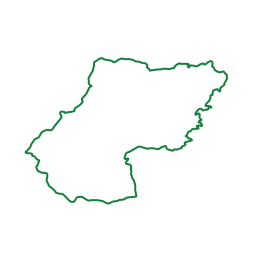 map outline of Sakon Nakhon (Equal Earth projection), rotated 83°
{"feature_id": "THA-447", "entity_name": "Sakon Nakhon", "entity_type": "Province", "adm_level": 1, "iso_a3": "THA", "parent_name": "Thailand", "parent_adm1": "", "projection": "equal_earth", "projection_center": [103.778, 17.422], "detail": "fine", "context": "isolated", "style": "outline", "palette": "green", "viewbox_px": 256, "rotation_deg": 83, "n_neighbors": 0, "source": "natural_earth", "source_scale": "10m", "svg_char_len": 5753}
<svg xmlns="http://www.w3.org/2000/svg" viewBox="0 0 256 256"><g transform="rotate(83 128 128)"><path d="M76.4,37.0L76.8,37.0L77.3,36.8L78.0,35.9L78.9,35.2L80.3,35.1L80.7,35.0L81.3,34.5L82.2,33.4L83.1,32.1L83.8,30.6L83.9,29.5L83.5,26.8L83.6,26.3L83.9,26.0L85.4,25.2L85.8,24.8L86.7,23.8L87.1,23.5L87.4,23.4L88.7,23.7L90.3,23.6L91.2,23.8L93.6,25.4L94.2,26.0L94.4,26.3L94.8,26.6L95.2,26.9L96.2,26.8L96.7,27.0L97.0,27.3L99.2,31.0L99.5,31.3L99.9,31.5L102.0,31.9L102.4,32.1L102.7,32.3L102.8,32.7L102.7,33.0L102.1,33.5L101.1,33.9L100.6,34.2L100.4,35.2L100.7,37.4L100.8,37.9L101.1,38.4L102.5,39.5L103.0,39.8L104.4,39.8L105.1,40.0L105.5,40.3L105.5,41.4L105.8,41.9L106.3,42.3L107.9,42.4L108.7,42.7L109.2,43.0L109.8,43.6L110.9,44.1L111.5,44.7L112.4,46.1L113.5,47.3L114.4,47.9L115.2,48.3L115.5,48.2L115.7,47.7L116.0,45.5L116.2,44.5L116.5,44.0L116.8,43.4L117.5,42.8L117.8,42.9L117.9,43.2L117.6,44.7L117.7,45.2L118.0,45.7L119.1,46.2L119.4,46.8L119.5,47.2L119.3,48.2L119.2,48.7L119.2,49.2L119.7,51.0L119.7,51.5L119.5,51.8L118.2,52.8L117.9,53.1L117.7,53.5L117.7,54.6L118.1,55.4L118.5,56.1L120.8,58.6L121.9,59.3L122.5,59.4L123.0,59.3L123.1,58.9L123.1,58.5L122.3,56.9L122.2,56.4L122.2,55.9L122.8,55.3L123.6,55.3L126.0,55.7L126.7,55.7L127.4,55.4L128.6,54.2L129.0,54.2L129.3,54.4L129.5,54.8L129.7,55.9L129.9,56.5L130.4,57.0L130.8,57.1L131.1,56.9L131.6,55.7L132.0,55.2L132.6,54.8L133.8,54.2L134.4,54.1L134.8,54.3L135.0,54.7L134.4,56.3L134.2,58.0L134.2,59.1L134.7,59.6L135.1,59.5L136.0,58.5L136.5,58.1L136.9,58.1L137.1,58.4L137.2,59.5L137.2,60.7L136.8,62.8L136.9,63.8L137.0,64.3L137.5,65.0L138.7,66.1L138.9,66.5L138.9,68.1L139.3,68.7L139.9,69.2L141.4,69.8L142.1,70.3L142.6,70.9L142.9,71.5L143.2,71.6L143.4,71.4L144.3,70.0L145.8,69.2L146.0,68.8L146.2,67.2L147.9,66.2L148.6,68.7L148.8,71.5L149.1,72.8L149.5,73.5L149.9,73.6L150.2,73.5L150.9,73.0L151.2,73.0L151.5,73.1L152.5,74.5L152.7,75.8L153.0,76.7L153.3,76.9L154.0,76.8L154.3,77.3L154.6,78.2L154.9,80.3L155.2,81.3L155.4,82.2L155.3,82.9L155.0,83.9L154.9,84.7L155.1,85.3L155.6,85.6L155.9,86.1L155.9,86.7L154.2,91.0L153.8,91.5L153.3,92.0L152.5,92.3L151.0,92.5L150.7,92.8L150.5,93.3L150.5,93.9L151.3,97.4L151.5,97.9L152.1,98.7L152.5,99.7L152.6,100.2L152.6,101.1L152.3,102.2L151.5,104.5L151.1,106.0L150.9,108.7L150.9,110.0L150.7,112.0L148.1,118.0L147.8,119.0L147.9,120.2L151.9,129.7L152.2,131.5L152.5,132.3L152.9,132.9L153.9,133.7L155.4,134.1L156.5,134.9L157.5,135.1L157.9,135.0L158.3,134.7L158.5,134.3L158.6,133.8L158.2,132.2L158.3,131.8L158.5,131.5L158.9,131.6L159.7,132.1L160.9,133.4L161.6,134.0L162.2,134.3L163.0,134.3L163.3,134.0L163.5,133.6L164.3,131.4L164.7,130.5L165.4,129.8L165.8,129.7L166.3,129.6L169.4,130.1L171.6,130.0L174.0,130.6L174.5,130.5L175.9,130.1L178.9,129.7L180.4,128.7L180.9,128.5L182.5,128.4L184.3,127.9L185.9,127.8L190.1,128.4L196.4,128.0L196.8,128.0L197.0,129.0L197.1,130.8L196.9,135.2L197.1,138.3L198.1,140.1L198.4,141.1L198.5,141.9L198.4,144.5L198.4,145.3L198.5,146.0L199.0,146.9L199.2,148.2L199.1,151.3L199.2,152.0L199.5,153.1L200.3,154.9L200.6,156.3L200.2,158.0L199.1,159.7L198.4,160.6L197.6,161.8L197.2,162.7L195.8,167.8L195.2,172.4L195.3,175.3L195.2,176.1L194.8,176.9L193.1,179.1L192.0,180.6L191.3,181.2L190.9,182.0L190.6,183.1L190.4,185.8L190.6,186.9L190.9,187.6L192.3,188.5L194.6,190.5L194.6,191.0L194.5,193.0L193.2,194.9L186.0,200.4L185.4,201.8L184.4,205.4L183.5,207.2L182.8,207.7L181.9,208.0L180.3,209.2L175.7,213.5L170.6,215.1L168.9,215.0L167.2,214.2L166.1,214.0L164.0,213.8L163.4,214.1L162.9,214.6L162.4,216.0L162.0,218.5L161.5,219.7L160.3,221.6L159.0,223.1L155.6,223.9L153.7,222.2L151.4,221.2L150.2,220.3L149.5,220.2L149.1,220.4L148.1,222.1L147.0,222.9L145.8,223.5L144.7,224.3L144.1,225.9L143.7,226.5L143.2,226.5L142.5,226.3L142.0,226.4L141.7,226.8L141.3,227.9L140.6,231.4L140.0,232.4L139.6,232.6L139.2,232.4L138.2,230.8L136.6,229.1L135.4,227.6L131.8,225.5L128.0,222.1L127.5,221.2L126.9,219.0L126.5,218.0L125.4,216.9L122.2,214.6L121.9,214.2L121.1,213.0L120.8,212.0L120.3,210.4L120.1,208.5L120.3,207.3L120.8,205.7L120.9,205.1L120.8,204.5L120.4,203.7L119.8,202.9L116.6,200.2L115.6,198.9L113.2,196.7L112.0,195.2L110.3,193.5L109.4,192.9L108.6,192.6L107.6,192.9L106.1,193.5L105.0,193.5L104.4,193.4L104.0,193.1L103.7,192.6L103.6,192.1L103.8,190.9L104.3,189.4L105.2,188.9L105.0,181.8L104.8,180.2L104.5,179.2L104.1,179.0L103.0,178.8L102.3,178.4L101.7,177.7L99.9,174.0L98.7,172.2L97.1,170.3L96.5,169.9L95.9,169.7L95.0,169.9L94.2,170.4L93.6,170.2L92.7,169.6L89.6,165.8L88.1,164.6L84.4,162.3L83.1,161.2L82.5,160.5L81.8,159.2L81.6,159.2L80.9,160.3L80.3,160.8L79.6,161.3L78.8,161.5L77.9,161.5L76.4,161.0L75.2,161.2L74.3,161.2L73.5,160.9L66.6,155.8L64.3,155.1L62.8,154.4L62.0,154.2L59.2,153.7L58.6,153.5L58.2,153.1L57.6,151.3L56.1,148.6L55.5,146.5L55.4,145.8L55.5,145.3L56.0,144.5L56.8,143.6L57.3,142.9L57.7,140.8L58.5,138.6L58.9,137.2L59.2,136.3L59.7,135.6L60.6,134.7L61.0,134.0L61.0,133.3L60.9,132.7L59.1,129.1L58.6,127.6L58.4,126.6L58.3,125.8L58.5,124.8L59.2,123.0L59.5,121.5L59.7,118.4L60.4,116.8L60.8,115.1L61.0,114.7L62.5,112.9L62.7,112.5L63.7,108.5L63.8,108.1L64.9,106.8L65.4,104.2L66.2,102.6L67.0,101.7L67.7,101.3L68.5,101.3L69.6,101.8L70.4,101.6L70.7,101.3L71.5,100.4L72.1,99.8L72.9,99.5L73.6,99.5L73.7,99.1L73.6,97.7L73.6,95.4L73.5,91.7L73.8,88.6L73.5,85.3L73.6,84.3L74.4,80.7L74.4,78.6L74.2,76.3L73.7,74.5L73.3,74.3L73.0,74.3L72.4,73.9L71.7,73.0L70.5,70.6L70.2,69.5L70.2,68.6L70.9,67.6L71.1,64.0L71.5,62.7L71.5,61.5L71.6,61.0L71.7,60.6L72.3,60.2L72.6,60.4L73.0,61.0L73.3,61.2L75.3,60.5L75.3,60.2L75.2,59.9L73.7,59.0L73.5,58.6L73.5,58.0L73.7,57.6L74.0,55.6L75.0,53.4L74.9,51.0L73.9,49.3L73.2,47.1L73.1,46.0L73.2,45.4L74.0,44.9L74.3,44.6L74.3,44.1L74.0,43.0L72.7,41.0L71.9,38.8L71.7,37.9L71.8,37.2L72.8,36.4L74.1,36.1L75.3,36.4L76.4,37.0Z" fill="none" stroke="#15803d" stroke-width="2"/></g></svg>